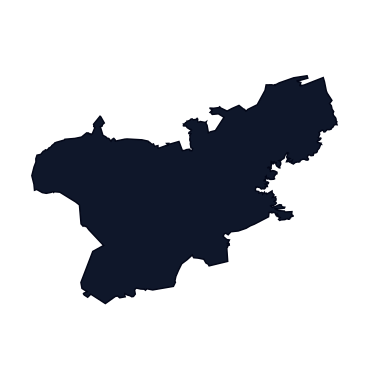 the district of Jerécuaro, Guanajuato, Mexico, rotated 260°
{"feature_id": "50627088B81849957139001", "entity_name": "Jerécuaro", "entity_type": "district", "adm_level": 2, "iso_a3": "MEX", "parent_name": "Mexico", "parent_adm1": "Guanajuato", "projection": "equal_earth", "projection_center": [-100.511, 20.185], "detail": "fine", "context": "isolated", "style": "filled", "palette": "ink", "viewbox_px": 384, "rotation_deg": 260, "n_neighbors": 0, "source": "geoboundaries", "source_scale": "gbopen_adm2", "svg_char_len": 6100}
<svg xmlns="http://www.w3.org/2000/svg" viewBox="0 0 384 384"><g transform="rotate(260 192 192)"><path d="M116.2,66.9L112.0,71.4L111.1,67.9L110.6,67.4L109.3,68.0L106.5,71.0L109.0,74.6L97.2,87.3L102.5,98.4L102.5,100.7L100.4,102.4L100.4,108.0L102.2,107.8L103.6,108.3L101.8,110.4L100.6,113.0L99.3,114.5L99.3,116.2L101.3,118.4L105.5,118.4L106.6,119.6L107.0,120.7L105.4,124.5L104.5,128.4L103.4,129.0L104.5,130.9L102.4,136.3L102.3,157.3L106.0,160.0L107.3,159.7L111.6,161.4L117.3,165.1L123.1,169.4L126.1,175.3L129.9,181.3L127.0,182.3L125.8,186.7L123.7,192.0L119.7,193.4L118.1,195.4L116.3,196.0L117.5,215.1L130.6,216.5L132.0,217.7L133.0,217.7L133.2,219.5L134.7,219.6L135.1,219.3L134.9,217.1L136.1,218.9L138.3,220.5L139.1,218.0L143.0,214.9L145.3,216.6L145.5,218.1L143.6,220.2L146.1,223.4L145.6,230.8L146.9,239.0L148.6,243.6L149.5,247.8L154.3,263.1L158.4,264.2L158.2,265.4L158.5,266.8L157.5,267.1L158.0,268.6L157.6,268.9L157.2,270.2L155.3,270.5L156.0,272.1L155.5,272.4L153.9,271.1L153.6,271.4L153.8,272.4L153.1,272.1L153.0,272.9L152.4,272.9L151.5,274.4L150.0,272.5L148.8,273.5L149.1,274.7L148.7,278.6L149.3,281.2L148.5,281.9L148.3,282.9L148.5,283.5L149.5,283.9L149.5,284.6L150.5,285.1L150.6,287.3L151.2,287.4L152.5,286.2L155.3,287.0L156.1,280.2L157.2,279.7L158.7,273.6L160.6,271.1L161.1,270.9L161.1,271.4L160.3,274.3L160.1,280.2L160.9,280.7L161.6,278.5L162.6,277.7L163.7,277.8L164.3,276.2L164.2,275.1L163.2,271.7L162.8,268.5L163.2,268.0L164.4,267.7L164.7,266.3L165.1,268.4L164.4,269.4L165.5,272.0L166.4,273.1L167.3,272.8L168.4,271.2L169.0,271.7L169.2,273.1L170.6,273.6L171.5,273.2L172.7,273.5L172.7,270.3L174.9,272.3L177.2,270.8L179.1,271.0L176.9,265.4L177.9,265.1L177.9,263.5L179.2,263.3L177.5,261.2L179.0,261.2L179.5,260.6L179.2,257.8L180.7,257.9L181.2,257.1L181.5,255.5L182.1,255.1L182.0,254.5L182.3,255.0L182.9,254.7L185.4,255.6L185.8,255.9L185.4,256.6L185.9,257.5L185.3,257.9L184.6,259.6L183.0,260.7L182.8,261.3L183.4,262.2L182.7,263.0L182.5,263.9L183.4,265.1L184.6,264.9L184.3,267.2L185.6,267.1L187.0,265.5L186.9,268.3L187.8,269.0L188.8,268.3L188.5,267.1L190.2,266.3L190.6,265.0L191.7,265.7L191.5,266.8L192.6,267.3L193.9,267.1L194.7,266.4L194.1,267.4L194.6,267.9L193.5,267.8L191.6,268.9L191.7,269.6L192.3,270.1L191.0,270.8L190.7,271.8L190.4,274.7L190.7,275.6L192.6,275.2L194.9,277.5L195.2,278.8L196.7,279.1L198.3,277.1L199.1,275.1L198.3,272.4L199.1,273.4L200.6,272.7L201.3,274.0L202.0,274.1L201.9,273.1L202.7,271.3L202.6,270.2L203.2,271.6L202.7,273.1L203.5,274.4L206.0,275.1L206.9,274.6L208.3,275.3L207.3,275.9L207.5,277.8L206.7,277.2L206.9,276.4L206.3,276.5L206.5,277.7L205.9,277.4L206.6,279.0L207.1,279.0L206.3,279.4L206.3,280.0L205.1,279.4L203.0,279.9L200.6,282.1L200.6,282.7L201.7,282.3L202.3,283.1L204.2,284.3L206.3,284.4L207.8,283.0L207.8,285.3L208.5,286.4L209.2,288.4L212.0,290.0L214.2,292.4L213.9,292.7L214.1,293.4L213.6,293.8L213.1,293.1L210.0,291.3L208.7,291.7L209.1,292.0L208.0,294.1L206.9,291.2L205.4,290.3L205.2,293.4L204.5,293.4L204.4,293.8L205.5,296.0L203.4,294.8L202.0,296.7L203.2,298.9L203.3,301.9L202.9,302.4L203.2,303.5L204.3,304.2L205.1,306.8L204.5,308.9L203.7,309.8L203.3,311.6L204.2,312.4L205.7,311.7L207.0,311.9L208.1,312.9L208.5,313.7L207.1,315.5L207.0,317.7L209.2,318.8L209.1,320.9L209.8,322.2L211.5,322.9L213.1,324.9L216.6,327.0L216.5,327.5L217.1,327.1L217.6,327.6L218.8,324.5L219.2,324.9L219.9,324.1L221.0,324.9L220.9,326.5L222.2,328.2L222.8,328.1L222.8,326.5L223.7,325.8L226.8,327.8L228.7,327.5L230.3,330.9L229.8,331.9L228.4,332.2L228.1,333.3L230.0,335.9L229.5,338.2L229.8,340.0L230.8,340.6L231.3,341.9L233.4,343.7L233.5,345.1L233.1,346.5L235.4,346.1L235.9,346.9L237.7,345.9L237.9,346.4L238.9,346.5L240.3,346.2L243.0,344.6L244.9,344.5L246.6,345.5L249.2,344.3L252.8,344.2L255.2,342.8L257.9,345.7L265.8,342.3L268.3,341.8L277.5,341.6L281.9,341.1L277.9,321.3L277.7,317.0L278.2,316.7L279.0,317.5L279.2,317.2L280.9,318.2L282.5,315.0L283.3,314.9L283.2,317.7L284.0,325.8L286.5,325.5L286.8,312.0L284.3,296.7L283.2,293.4L282.4,292.4L282.8,291.5L283.2,291.7L283.0,290.5L283.7,289.3L284.6,283.6L279.4,281.6L266.6,271.4L263.6,261.2L263.0,260.6L262.3,259.1L264.3,258.0L264.3,257.5L269.1,253.3L267.3,245.9L265.6,240.6L270.1,234.4L270.7,234.3L271.7,233.7L270.4,234.2L270.7,227.8L271.5,224.4L271.1,224.3L269.6,226.0L269.4,225.5L268.0,225.6L268.1,224.8L267.2,223.6L266.3,224.9L265.3,225.1L264.9,225.5L264.4,231.6L260.0,236.5L248.4,225.7L248.1,220.9L247.4,218.4L255.1,218.4L257.4,217.6L258.7,218.3L258.3,217.5L258.4,216.5L260.0,212.3L259.6,211.6L259.8,210.0L262.0,209.9L262.7,210.3L263.6,209.8L262.9,208.9L262.8,207.8L262.9,205.7L264.0,204.8L263.9,203.5L263.0,202.4L262.5,200.3L262.7,199.4L262.1,199.2L261.3,198.2L261.4,197.6L260.3,196.7L260.4,195.7L259.9,196.0L259.4,195.1L258.6,195.1L258.0,197.7L256.2,198.5L254.1,200.8L253.9,201.8L253.1,202.3L251.6,200.6L251.3,199.6L250.5,199.0L249.9,199.3L249.5,200.9L247.9,199.6L246.8,199.8L244.3,199.0L242.7,198.9L241.9,199.4L239.6,198.7L236.0,198.7L234.7,200.2L232.6,199.0L233.3,197.0L234.4,197.3L234.6,196.6L234.7,193.5L234.2,192.9L234.4,189.7L244.0,187.9L242.9,177.5L243.9,177.7L244.2,175.4L242.1,176.4L241.8,174.8L242.2,174.4L240.9,166.9L241.2,166.2L243.6,166.5L243.4,163.0L246.0,162.4L245.8,160.8L248.5,158.7L248.4,158.0L249.7,157.6L252.1,151.7L255.5,137.2L255.7,134.9L255.4,125.4L256.6,125.4L258.4,124.3L257.7,122.6L256.1,121.0L259.1,119.4L259.7,118.1L259.5,117.6L261.2,116.8L263.3,114.1L272.2,113.0L272.5,114.9L274.0,115.6L275.2,117.6L281.9,115.2L282.6,114.6L275.8,106.8L274.8,107.0L273.5,106.6L272.4,107.6L266.9,104.1L265.9,102.6L266.6,101.7L266.9,101.9L267.5,99.9L268.1,100.2L268.5,98.5L265.3,92.8L265.1,86.0L266.0,75.9L265.3,75.1L264.5,67.1L264.1,65.3L263.7,65.1L262.0,62.0L261.3,61.6L260.2,59.3L260.3,58.9L258.8,57.2L258.5,56.0L259.0,54.9L258.1,54.3L258.0,52.7L255.3,49.6L255.2,45.8L251.9,44.0L248.6,43.5L244.1,40.8L235.9,37.1L227.1,37.7L221.1,37.2L221.5,39.5L217.4,44.5L216.0,48.3L216.1,53.3L216.5,54.9L215.6,55.7L216.2,56.3L214.8,61.8L202.5,75.6L198.8,78.9L179.9,77.2L177.2,78.8L177.7,79.9L176.6,80.8L176.6,81.7L176.1,82.2L172.7,83.9L154.7,95.7L150.7,84.0L122.2,66.9L116.2,66.9Z" fill="#0f172a" stroke="#020617" stroke-width="1.5"/></g></svg>